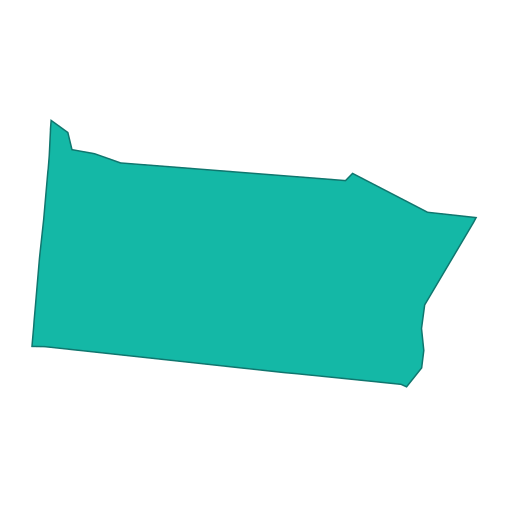 outline of Granville, North Carolina, United States of America, rotated 275°
{"feature_id": "52423323B28325681082817", "entity_name": "Granville", "entity_type": "district", "adm_level": 2, "iso_a3": "USA", "parent_name": "United States of America", "parent_adm1": "North Carolina", "projection": "mercator", "projection_center": [-78.632, 36.282], "detail": "fine", "context": "isolated", "style": "filled", "palette": "teal", "viewbox_px": 512, "rotation_deg": 275, "n_neighbors": 0, "source": "geoboundaries", "source_scale": "gbopen_adm2", "svg_char_len": 584}
<svg xmlns="http://www.w3.org/2000/svg" viewBox="0 0 512 512"><g transform="rotate(275 256 256)"><path d="M373.2,40.1L364.0,40.2L363.8,40.3L337.8,41.3L324.6,41.4L322.4,41.3L274.0,41.3L240.9,40.6L235.3,40.5L230.8,40.5L187.9,40.6L171.7,40.6L167.0,40.7L146.4,40.7L147.3,53.5L142.3,294.8L142.3,307.3L142.2,313.3L140.8,411.7L138.8,417.4L159.0,430.8L159.8,430.8L176.5,431.4L198.2,427.2L222.0,428.3L308.5,469.8L313.4,471.9L314.5,423.1L346.7,345.0L338.9,338.6L338.3,270.0L336.9,113.0L343.8,86.3L345.9,63.4L362.6,57.8L373.2,40.1Z" fill="#14b8a6" stroke="#0f766e" stroke-width="1.5"/></g></svg>